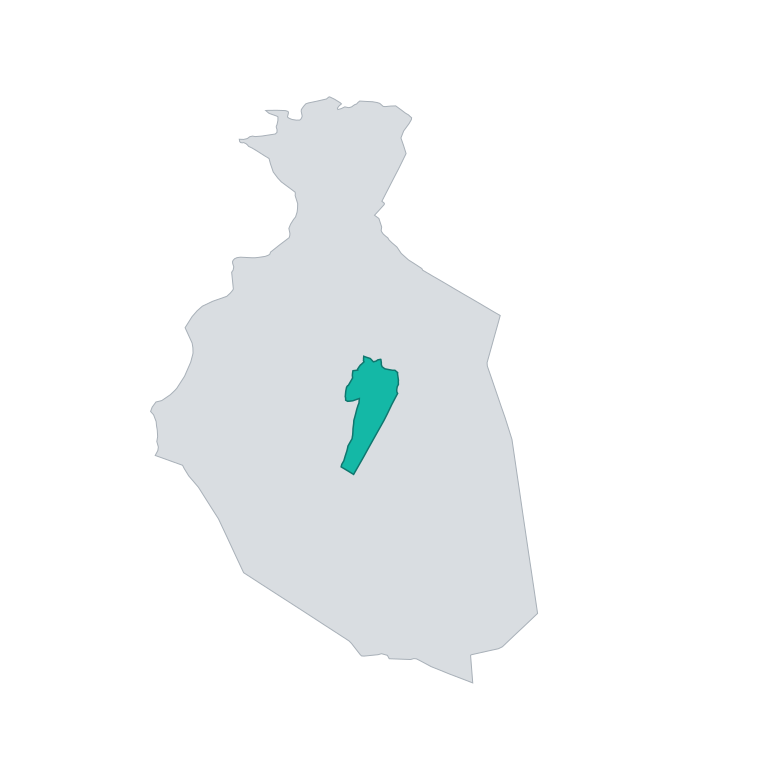 Tchirozérine, Agadez, Niger (highlighted), rotated 120°
{"feature_id": "23599985B66307714151869", "entity_name": "Tchirozérine", "entity_type": "district", "adm_level": 2, "iso_a3": "NER", "parent_name": "Niger", "parent_adm1": "Agadez", "projection": "equal_earth", "projection_center": [8.551, 17.383], "detail": "fine", "context": "in_parent", "style": "filled", "palette": "teal", "viewbox_px": 768, "rotation_deg": 120, "n_neighbors": 0, "source": "geoboundaries", "source_scale": "gbopen_adm2", "svg_char_len": 4505}
<svg xmlns="http://www.w3.org/2000/svg" viewBox="0 0 768 768"><g transform="rotate(120 384 384)"><path d="M560.3,546.4L554.7,546.6L551.4,547.9L547.4,552.0L542.8,553.7L537.3,557.3L533.8,560.2L530.5,562.5L525.9,568.1L524.5,572.4L519.9,573.2L513.6,572.5L509.5,568.2L500.2,563.7L494.1,561.9L491.3,561.3L477.0,560.6L461.8,562.3L454.0,564.4L452.6,564.9L448.2,567.6L444.5,570.6L434.7,584.4L421.6,583.9L413.9,582.4L407.4,580.2L398.1,573.8L386.7,564.0L382.3,562.6L378.4,561.9L377.0,562.0L363.4,571.8L360.8,571.6L357.6,572.7L355.5,575.1L353.9,576.3L352.3,576.5L350.2,576.0L348.1,574.5L346.0,571.8L340.4,560.9L339.3,559.0L336.9,555.7L332.9,550.7L330.1,548.4L328.5,547.8L326.5,548.2L315.6,543.9L304.7,539.3L302.3,539.9L300.6,540.8L296.8,544.2L292.4,544.8L286.7,544.6L283.6,544.1L278.6,545.2L275.3,546.6L271.0,548.9L265.3,555.1L263.6,555.9L262.3,556.9L260.3,574.0L258.7,579.1L255.8,585.9L250.1,592.4L246.2,596.3L246.1,601.6L245.7,610.3L245.6,616.2L245.9,620.1L245.2,621.9L244.9,623.6L245.1,626.2L246.0,627.3L246.6,628.9L246.2,630.2L244.4,631.7L242.4,627.9L239.8,625.1L237.0,623.9L235.1,621.9L234.1,619.2L230.4,613.8L221.9,603.2L221.0,602.9L219.6,602.5L217.2,603.8L215.7,605.5L214.6,606.2L213.0,606.3L208.9,607.6L205.7,609.4L205.6,610.8L207.1,618.9L206.3,623.2L204.9,621.1L200.2,613.0L197.0,607.0L196.4,605.7L196.0,603.6L196.3,602.7L197.6,602.1L200.6,601.3L201.2,600.7L201.3,599.0L200.9,595.9L199.3,591.8L197.6,589.0L196.6,588.5L194.8,588.4L192.9,588.8L189.2,592.1L187.6,592.8L183.9,592.5L180.5,591.8L178.5,590.1L172.5,583.4L165.9,576.3L163.1,575.3L162.5,574.6L162.1,569.1L162.3,562.6L162.7,560.9L165.4,561.9L168.4,562.3L169.4,561.2L167.0,558.8L163.6,556.5L162.4,552.9L161.4,551.7L159.9,550.4L158.2,549.8L156.4,548.8L155.2,547.7L153.2,547.3L151.1,546.5L148.2,540.7L145.3,535.1L143.7,530.7L143.1,528.0L144.0,523.5L143.2,521.7L139.9,517.1L137.3,512.9L138.0,506.3L138.7,500.8L138.7,497.3L139.2,495.4L139.6,493.2L141.4,492.5L146.0,492.5L155.0,493.5L162.2,492.4L162.6,492.2L167.7,486.3L173.4,480.1L181.8,479.5L191.0,478.9L198.2,478.6L208.6,478.1L217.1,477.7L226.8,477.2L227.2,474.4L227.8,473.7L228.7,473.6L235.9,475.1L242.6,476.6L243.2,471.2L249.2,464.5L252.5,463.2L253.4,462.0L254.5,459.7L255.2,456.3L255.5,453.8L256.7,451.7L257.7,447.9L258.9,441.3L262.3,434.4L264.3,424.9L264.7,415.8L265.1,408.9L266.1,407.5L266.2,395.2L266.2,382.9L266.3,372.5L266.4,359.5L266.4,348.2L266.5,335.9L266.6,324.9L266.6,317.6L273.4,315.8L280.5,314.0L290.7,311.4L301.9,308.5L314.0,305.4L316.8,303.5L325.9,293.0L330.1,288.2L338.3,278.8L344.7,271.5L352.7,262.2L361.2,252.9L368.0,245.5L378.6,237.1L394.7,224.4L410.6,211.8L426.6,199.2L442.5,186.6L458.4,174.0L474.2,161.4L490.1,148.8L505.9,136.3L521.9,141.0L537.1,145.6L552.4,150.1L556.1,152.6L564.3,161.6L574.9,173.1L575.3,173.2L575.8,173.3L585.7,166.5L598.5,157.7L602.3,181.5L605.2,202.0L605.6,215.1L605.8,218.5L606.9,220.9L609.3,223.2L619.3,242.1L617.3,245.4L618.8,251.3L621.4,253.8L629.6,265.2L630.7,267.4L630.3,269.2L624.9,282.5L624.0,285.8L623.1,302.8L622.5,314.9L621.6,331.4L620.6,351.2L619.8,368.0L618.7,390.2L617.6,411.2L609.6,422.7L595.2,443.2L583.5,460.0L577.7,471.2L566.2,493.1L561.2,507.2L557.2,514.6L555.1,517.8L557.0,528.2L560.3,546.4Z" fill="#d9dde1" stroke="#a8b0b8" stroke-width="1"/><path d="M370.1,415.4L371.9,414.6L373.2,413.8L373.9,413.6L374.8,412.4L376.1,412.8L378.8,413.6L379.2,413.9L382.0,414.2L384.4,414.3L384.7,414.0L385.1,413.7L386.2,415.1L388.0,417.5L388.4,417.4L390.7,416.5L392.4,415.7L394.5,414.2L403.0,414.2L403.8,414.7L405.5,414.8L407.0,414.3L409.4,413.5L411.6,412.5L413.1,411.8L414.4,411.2L415.1,410.4L416.7,409.4L417.2,409.1L417.2,406.9L416.0,405.1L414.1,402.6L410.7,399.7L408.9,398.1L409.9,397.6L411.9,396.7L412.9,396.2L415.6,395.8L419.7,394.9L423.4,393.8L427.1,392.8L430.6,391.9L433.4,390.5L435.8,389.5L438.4,388.4L440.2,387.4L441.8,386.6L443.9,385.6L445.6,385.0L447.2,384.3L455.7,384.2L458.1,383.4L460.1,382.8L462.8,382.2L466.1,381.5L469.3,380.7L470.6,380.4L474.7,380.4L477.2,379.7L477.5,365.1L457.2,365.2L448.2,365.4L433.3,365.6L415.8,365.8L408.3,366.2L398.0,367.0L385.3,367.5L384.7,368.6L383.9,369.3L383.3,369.7L382.2,370.3L379.7,371.2L377.2,371.3L374.8,372.8L373.5,373.4L372.1,374.5L370.2,376.0L368.0,377.7L367.5,377.7L367.1,378.7L366.9,380.2L366.7,380.9L366.7,381.5L367.9,383.6L369.7,388.7L370.4,390.8L370.3,391.9L370.0,394.3L369.6,394.8L368.4,396.1L366.8,397.0L365.7,397.9L364.3,399.0L364.4,399.4L366.3,401.5L368.1,402.3L370.1,404.3L369.9,405.0L369.0,407.9L368.8,408.7L369.8,413.4L370.1,415.4Z" fill="#14b8a6" stroke="#0f766e" stroke-width="1.5"/></g></svg>